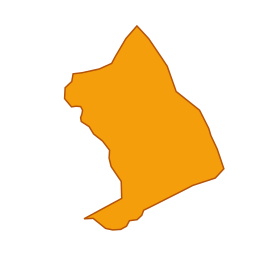 the County of Mityana, rotated 338°
{"feature_id": "UGA-3094", "entity_name": "Mityana", "entity_type": "County", "adm_level": 1, "iso_a3": "UGA", "parent_name": "Uganda", "parent_adm1": "", "projection": "robinson", "projection_center": [32.026, 0.462], "detail": "fine", "context": "isolated", "style": "filled", "palette": "amber", "viewbox_px": 256, "rotation_deg": 338, "n_neighbors": 0, "source": "natural_earth", "source_scale": "10m", "svg_char_len": 716}
<svg xmlns="http://www.w3.org/2000/svg" viewBox="0 0 256 256"><g transform="rotate(338 128 128)"><path d="M123.4,62.5L137.0,62.0L143.4,56.7L159.7,44.2L174.5,36.7L180.6,52.8L185.4,75.2L187.5,85.4L186.3,112.2L201.0,138.3L202.7,158.6L202.0,166.1L202.8,181.0L201.6,201.7L190.2,207.1L166.6,205.5L160.3,206.1L118.7,209.6L111.7,210.1L108.1,214.1L102.1,216.4L94.6,214.5L89.8,218.5L83.3,219.3L75.7,216.8L69.6,212.7L61.8,198.7L53.2,195.7L95.8,190.9L101.7,175.0L97.9,157.4L99.2,148.8L102.6,141.7L99.6,130.7L93.9,120.7L92.5,112.2L87.1,104.5L87.9,100.7L90.5,97.8L92.6,94.4L92.1,90.4L88.1,88.4L83.5,87.2L80.2,77.0L84.8,67.1L93.3,63.8L97.4,57.2L105.8,59.5L123.4,62.5Z" fill="#f59e0b" stroke="#b45309" stroke-width="1.5"/></g></svg>